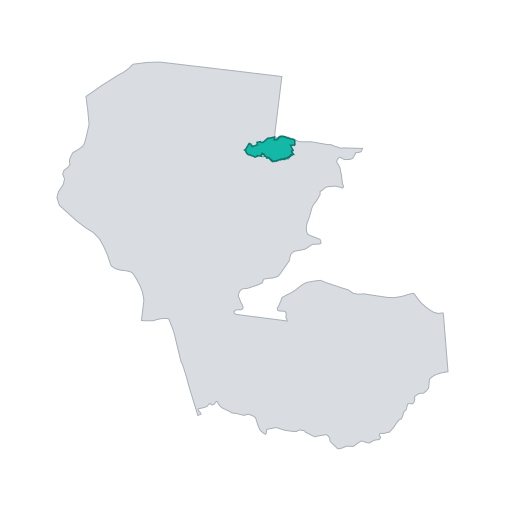 Manyinga, North-Western, Zambia shown in context, rotated 97°
{"feature_id": "96606910B15136159078795", "entity_name": "Manyinga", "entity_type": "district", "adm_level": 2, "iso_a3": "ZMB", "parent_name": "Zambia", "parent_adm1": "North-Western", "projection": "equal_earth", "projection_center": [24.317, -13.081], "detail": "fine", "context": "in_parent", "style": "filled", "palette": "teal", "viewbox_px": 512, "rotation_deg": 97, "n_neighbors": 0, "source": "geoboundaries", "source_scale": "gbopen_adm2", "svg_char_len": 8358}
<svg xmlns="http://www.w3.org/2000/svg" viewBox="0 0 512 512"><g transform="rotate(97 256 256)"><path d="M334.0,361.8L313.5,361.9L306.0,364.1L299.9,367.4L292.5,372.5L288.3,376.1L287.1,378.1L286.5,382.5L286.5,389.2L285.7,394.1L283.4,398.6L272.3,404.0L265.0,408.4L257.9,413.6L252.5,420.4L248.7,428.7L242.6,438.9L229.7,457.3L222.3,460.7L216.2,459.9L208.7,456.1L202.8,455.4L198.4,457.8L194.3,457.0L190.6,453.2L187.5,451.8L185.0,452.8L181.8,452.6L175.9,450.5L170.8,444.0L168.0,441.3L165.9,440.2L159.8,439.2L145.8,437.7L131.2,440.9L118.4,444.2L105.3,429.6L92.7,414.2L90.1,410.2L85.3,405.1L81.9,402.5L80.6,401.3L77.1,387.5L75.2,374.8L74.7,252.2L132.4,252.2L136.1,251.7L136.2,250.4L133.6,243.8L133.7,241.5L134.4,237.0L137.0,228.1L137.1,225.2L135.9,215.4L136.1,210.0L136.7,199.1L136.3,195.3L137.7,190.4L138.1,187.1L138.7,185.7L138.0,182.0L136.8,168.9L136.2,163.4L139.6,164.3L140.8,166.9L141.4,169.9L143.0,170.0L147.1,171.8L148.6,174.2L149.5,179.5L148.9,182.1L147.6,184.3L148.9,186.2L151.7,187.5L153.3,187.1L157.9,183.5L162.2,182.2L164.4,181.3L174.0,178.9L175.9,177.7L177.2,177.7L178.1,178.7L177.3,182.4L177.0,185.7L178.2,191.9L179.1,194.8L181.0,196.9L182.5,198.0L184.1,200.2L187.4,199.9L194.7,203.0L196.9,204.5L200.0,206.0L202.2,206.5L209.7,207.6L217.7,209.4L221.8,209.5L224.7,209.1L226.8,208.2L228.0,207.2L228.6,206.3L231.7,194.5L233.2,193.6L235.2,193.0L236.3,194.1L237.6,201.5L243.3,208.2L245.2,213.9L246.7,218.7L247.9,220.0L250.1,221.7L253.6,222.2L256.7,222.4L272.1,230.6L273.8,232.1L275.7,236.5L276.8,241.5L278.0,245.4L280.0,246.1L281.8,246.4L283.5,249.1L284.9,251.4L289.4,261.1L290.0,265.0L292.2,267.5L295.2,268.6L298.0,268.8L299.6,267.6L303.6,265.6L306.7,263.3L308.9,262.5L310.3,263.0L311.3,264.6L311.9,269.4L314.1,271.1L315.7,270.4L316.3,268.5L316.4,267.6L316.7,217.0L315.3,217.4L313.5,218.8L309.4,219.0L307.8,220.0L307.3,221.7L307.6,223.8L307.7,226.6L307.1,228.0L305.3,228.5L302.7,227.4L298.0,226.0L294.0,225.1L291.3,221.3L287.5,215.6L285.0,212.7L279.0,206.7L278.0,205.5L276.2,202.7L274.6,198.0L273.1,192.5L272.3,189.0L273.8,183.6L277.4,166.0L278.3,160.5L281.2,155.0L281.5,150.0L280.3,143.6L280.6,140.1L281.1,119.9L280.4,113.5L278.4,106.5L274.1,96.6L274.1,94.5L280.9,88.1L282.9,85.7L286.4,80.5L288.8,76.1L290.3,72.5L290.8,67.9L289.7,63.5L292.0,62.7L347.5,51.3L348.3,54.3L350.0,59.3L351.8,63.0L354.2,66.3L356.2,68.2L357.6,68.8L366.1,68.6L369.2,70.6L371.8,73.1L372.4,76.9L374.2,79.4L376.1,81.3L376.9,81.5L378.3,81.0L380.6,81.0L382.7,81.8L383.7,82.7L383.8,85.9L384.4,87.4L387.3,87.9L390.2,88.2L393.0,90.4L396.1,90.8L399.6,91.7L401.3,94.0L405.0,96.4L409.6,98.6L414.7,102.2L414.8,103.3L415.6,105.4L416.5,106.9L416.6,109.1L417.0,111.2L418.3,111.7L419.3,111.8L420.4,110.3L421.7,110.4L423.2,111.3L423.7,113.7L424.8,116.9L426.7,119.1L427.9,121.2L427.4,125.1L426.6,128.6L429.1,132.0L432.4,135.3L433.3,136.8L433.5,141.7L434.0,143.4L436.2,147.4L437.3,150.1L437.2,151.7L431.1,159.7L427.3,161.0L425.7,162.6L424.7,164.3L427.0,172.4L428.3,175.4L427.1,179.2L424.7,185.7L423.6,186.2L423.3,191.1L424.0,192.9L425.2,194.3L425.6,197.6L425.5,205.9L423.8,215.2L426.5,223.4L427.4,224.3L431.1,224.3L431.8,225.0L430.8,227.3L428.2,230.9L423.3,233.7L416.4,236.8L415.0,239.8L414.0,244.0L414.7,246.6L415.6,248.0L415.3,251.8L414.7,255.7L414.8,258.8L414.5,261.6L413.6,262.9L412.3,267.0L410.8,271.2L409.6,273.1L407.8,275.1L405.1,276.7L405.1,277.6L408.2,279.5L409.0,280.8L409.2,281.7L407.9,283.8L409.3,285.1L411.1,286.2L412.7,288.9L414.5,294.1L414.8,294.7L415.3,294.7L416.4,294.2L418.3,292.1L419.7,291.3L421.3,294.3L392.4,307.2L385.7,309.8L375.6,314.3L372.3,316.0L369.7,317.7L342.9,327.7L338.7,329.7L329.2,334.8L328.9,335.7L329.0,338.0L329.8,342.8L331.4,347.2L332.7,349.7L333.6,356.2L334.0,361.8Z" fill="#d9dde1" stroke="#a8b0b8" stroke-width="1"/><path d="M145.1,276.4L145.1,276.5L151.7,279.4L152.2,280.2L152.6,279.5L152.9,279.1L154.2,278.4L155.2,277.7L155.6,276.9L156.3,276.3L156.5,275.5L156.5,275.2L156.3,274.4L156.4,273.8L156.7,273.5L156.8,273.2L157.0,272.8L157.1,271.3L157.2,270.9L157.4,270.3L158.1,269.2L157.8,268.7L157.4,268.2L157.0,267.1L156.9,266.8L156.5,266.8L156.2,266.9L156.3,263.2L156.1,263.5L155.6,263.6L155.4,263.4L155.0,262.8L154.6,262.8L154.0,262.7L154.3,262.1L154.3,261.9L154.1,261.4L154.1,261.1L153.9,261.0L153.7,261.2L153.8,260.8L153.8,260.7L154.0,260.6L154.4,260.6L154.8,260.1L155.1,259.9L155.3,259.8L155.6,259.9L155.8,259.9L155.5,259.3L155.8,259.0L155.9,258.6L156.1,258.2L156.7,257.7L156.9,257.7L156.9,257.4L157.0,257.3L157.3,257.3L157.5,257.2L157.3,256.7L157.1,256.5L157.2,256.4L157.1,256.1L156.8,256.1L156.9,255.9L157.0,255.9L156.9,255.7L156.9,255.4L157.0,255.4L157.0,255.2L157.2,255.3L157.1,255.2L157.3,255.1L157.5,254.9L157.4,254.6L157.5,254.5L157.6,254.4L157.6,254.2L157.7,254.4L157.8,254.3L157.9,254.2L158.1,254.1L158.3,253.8L158.2,253.6L158.2,253.4L158.3,253.3L158.2,253.2L158.4,253.0L158.4,252.7L158.5,252.7L158.6,252.8L158.7,252.7L158.8,252.7L159.0,252.8L159.1,252.6L159.3,252.6L159.3,252.4L159.4,252.0L159.4,251.8L159.3,251.7L159.5,251.6L159.7,251.8L159.8,252.0L159.9,251.9L160.0,251.7L159.7,251.4L159.7,250.9L159.6,250.5L159.7,250.4L159.7,250.2L159.8,250.4L160.0,250.4L159.7,250.0L159.5,249.9L159.6,249.1L159.8,248.9L159.5,248.7L159.3,248.3L159.4,248.0L159.2,247.8L159.3,247.4L159.2,247.4L158.8,247.4L158.7,246.9L158.8,246.6L158.6,246.2L158.7,245.9L158.5,245.7L158.4,245.5L158.1,245.2L157.8,245.6L157.9,245.3L157.7,245.2L157.7,244.9L157.6,244.7L157.7,244.9L157.8,244.8L157.6,244.5L157.6,244.4L157.4,244.3L157.5,244.1L157.5,243.9L157.6,243.7L157.3,243.5L157.3,243.3L157.2,243.3L157.0,243.2L157.3,243.0L157.2,242.5L157.2,242.4L156.8,242.2L157.0,241.9L156.8,241.7L156.7,241.3L156.6,241.1L156.4,241.1L156.5,240.9L156.7,241.1L156.7,240.7L156.4,240.4L156.5,240.3L156.5,240.0L156.6,239.9L156.7,239.7L156.4,239.6L156.6,239.4L156.4,239.2L156.4,239.4L156.2,239.2L156.1,239.3L156.0,239.2L156.0,238.7L155.9,238.7L156.0,238.6L156.0,238.4L155.8,238.2L155.7,237.8L155.6,237.4L155.5,237.2L155.3,237.5L155.3,237.4L155.1,237.3L155.0,236.9L155.1,236.7L154.8,236.8L154.2,236.3L154.3,236.2L154.0,235.8L154.3,235.7L154.4,235.8L154.5,235.8L154.5,235.5L154.4,235.5L154.2,235.1L153.8,235.3L153.6,235.2L153.4,235.4L153.3,235.1L153.5,235.0L153.7,234.9L153.2,234.9L153.2,235.0L153.1,234.6L152.9,234.4L152.8,234.1L152.7,234.1L152.8,234.2L152.8,234.3L152.5,234.3L152.6,234.0L152.5,233.8L152.6,233.7L152.4,233.6L152.4,233.8L152.0,233.7L151.8,233.7L151.6,233.7L151.4,233.4L151.4,233.2L151.3,233.3L151.3,233.1L151.1,232.9L151.2,232.7L150.9,232.5L150.8,232.4L150.8,232.2L150.5,232.1L150.6,231.8L150.6,231.7L150.5,231.8L150.4,231.8L150.4,231.4L150.3,231.5L150.2,231.4L150.0,231.6L149.8,232.0L149.6,232.2L149.5,232.4L149.3,232.3L149.1,232.4L149.0,232.5L148.7,233.0L148.4,233.1L148.2,233.4L147.7,233.5L147.2,233.3L147.2,233.0L147.2,232.6L147.1,232.4L146.8,232.0L146.5,232.0L144.5,233.6L144.3,233.8L143.3,234.3L142.9,234.7L142.0,234.8L141.8,235.0L141.7,234.0L141.7,233.7L141.7,233.4L141.5,233.1L141.3,232.3L141.4,231.9L141.5,231.7L141.5,231.3L140.9,231.2L140.7,231.1L140.3,230.9L139.7,231.1L139.3,231.3L138.4,231.4L138.0,231.5L137.4,231.3L137.0,231.6L136.4,231.9L136.3,232.1L136.1,232.0L135.9,232.2L135.8,232.5L135.6,233.0L135.6,233.8L135.7,234.0L135.7,234.5L135.7,235.4L135.2,237.7L135.1,237.9L135.0,238.4L134.7,238.8L134.8,239.1L134.9,239.4L135.0,239.4L135.1,239.6L135.1,239.8L135.1,240.0L134.9,240.4L134.5,241.0L134.3,242.1L134.2,242.2L134.2,242.3L134.1,242.6L134.1,242.8L134.1,242.7L134.2,242.8L134.1,243.2L134.1,243.4L134.0,243.8L134.1,244.0L134.0,244.3L134.2,244.7L134.0,245.1L133.9,245.5L134.0,245.7L134.4,245.8L134.4,246.0L134.4,246.3L134.6,246.2L134.6,246.3L134.8,246.5L134.8,246.4L134.9,246.5L135.0,247.0L134.9,247.2L135.0,247.3L135.1,247.5L135.3,247.6L135.4,247.8L135.5,247.8L135.8,247.8L136.0,248.0L136.3,248.0L136.5,248.1L136.6,248.3L136.6,248.2L136.8,248.4L136.8,248.5L137.0,248.9L137.1,249.0L137.3,249.4L137.5,249.4L137.7,249.7L137.9,249.7L137.9,249.8L138.0,249.7L138.0,249.8L138.1,250.0L138.1,250.3L138.0,250.5L138.1,250.8L138.0,251.0L138.3,251.3L138.5,251.6L138.8,251.8L138.8,252.0L139.0,252.1L135.6,252.1L137.2,256.4L137.6,258.4L137.7,258.7L138.0,259.1L138.7,259.6L142.4,262.9L142.6,264.1L142.7,264.5L142.3,265.1L141.9,265.5L143.1,268.9L145.4,268.1L146.1,269.4L147.9,273.2L147.6,273.3L147.2,273.2L146.7,273.8L146.3,274.4L146.1,274.5L145.7,274.6L145.7,274.9L145.5,275.1L145.4,275.7L145.2,276.0L145.2,276.3L145.1,276.4Z" fill="#14b8a6" stroke="#0f766e" stroke-width="1.5"/></g></svg>